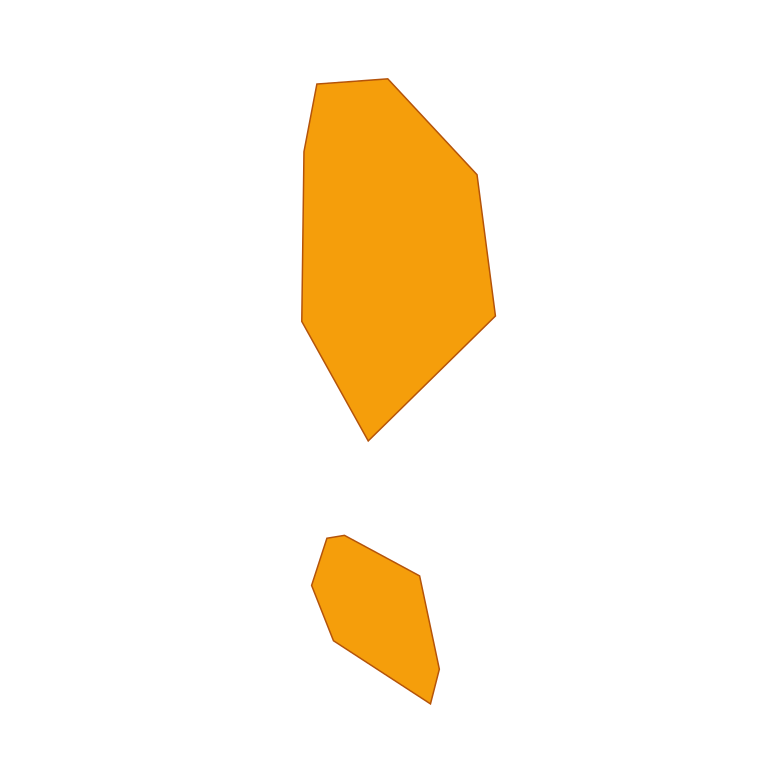 outline of Malta, rotated 226°
{"feature_id": "MLT", "entity_name": "Malta", "entity_type": "country or territory", "adm_level": 0, "iso_a3": "MLT", "parent_name": "Europe", "parent_adm1": "", "projection": "mercator", "projection_center": [14.371, 35.948], "detail": "fine", "context": "isolated", "style": "filled", "palette": "amber", "viewbox_px": 768, "rotation_deg": 226, "n_neighbors": 0, "source": "natural_earth", "source_scale": "50m", "svg_char_len": 364}
<svg xmlns="http://www.w3.org/2000/svg" viewBox="0 0 768 768"><g transform="rotate(226 384 384)"><path d="M646.4,544.1L600.9,598.7L469.9,596.3L355.5,511.4L354.0,333.1L486.1,368.3L606.7,487.8L646.4,544.1ZM302.6,250.4L221.2,276.3L140.4,225.7L121.6,195.2L234.4,169.3L289.4,192.0L312.7,235.8L302.6,250.4Z" fill="#f59e0b" stroke="#b45309" stroke-width="1.5"/></g></svg>